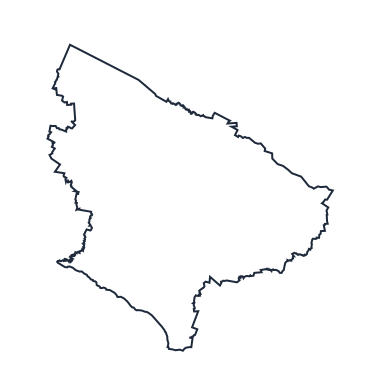 Tararua District, Manawatu-Wanganui, New Zealand, rotated 85°
{"feature_id": "76426892B74237617683232", "entity_name": "Tararua District", "entity_type": "district", "adm_level": 2, "iso_a3": "NZL", "parent_name": "New Zealand", "parent_adm1": "Manawatu-Wanganui", "projection": "equal_earth", "projection_center": [176.211, -40.389], "detail": "fine", "context": "isolated", "style": "outline", "palette": "slate", "viewbox_px": 384, "rotation_deg": 85, "n_neighbors": 0, "source": "geoboundaries", "source_scale": "gbopen_adm2", "svg_char_len": 6063}
<svg xmlns="http://www.w3.org/2000/svg" viewBox="0 0 384 384"><g transform="rotate(85 192 192)"><path d="M250.8,331.8L255.8,325.0L256.2,322.7L255.5,322.1L255.6,320.3L257.0,317.4L259.7,314.7L261.5,310.9L261.5,308.8L264.0,306.3L265.3,304.0L267.0,303.4L267.4,302.5L270.4,300.2L271.0,298.4L272.1,298.2L272.6,296.2L273.5,295.2L276.4,295.0L277.2,294.0L277.3,293.3L278.5,292.0L279.6,291.7L279.9,289.9L279.5,288.7L280.0,287.1L281.0,286.0L281.8,286.0L282.6,282.3L285.7,277.9L287.9,276.2L290.1,275.4L290.2,272.0L292.0,269.1L295.9,265.6L300.1,263.0L301.7,261.6L302.0,260.2L304.4,258.5L305.1,257.2L304.9,256.4L305.7,252.3L307.2,249.3L307.5,247.6L308.6,245.9L311.4,242.7L323.9,233.5L327.2,231.5L329.1,230.9L329.4,230.4L334.1,229.2L336.8,229.4L340.9,228.7L344.3,229.8L344.4,229.0L346.3,228.7L347.1,225.1L348.2,222.3L348.0,217.9L349.3,214.9L347.5,213.2L346.6,211.7L346.3,208.0L346.5,206.2L337.6,204.2L336.9,207.3L336.6,205.2L336.0,204.4L335.7,203.1L334.8,202.6L334.6,201.4L329.2,198.7L326.8,203.7L311.3,196.2L311.2,200.3L308.7,200.4L308.6,199.7L307.9,199.3L304.6,200.2L302.8,199.4L302.7,200.4L302.1,199.7L297.0,198.6L295.3,197.2L295.9,196.0L295.9,194.9L295.6,194.7L296.1,194.5L296.0,193.1L294.8,193.3L294.4,192.4L293.7,193.0L292.7,192.8L292.4,193.3L290.9,193.4L288.0,188.5L287.0,187.8L283.8,188.2L282.5,186.2L283.9,182.5L278.1,181.4L287.6,172.3L285.3,170.8L283.9,170.9L283.9,170.0L283.1,168.7L283.4,167.7L283.2,164.9L285.9,155.1L284.1,152.3L282.3,153.1L280.8,152.3L281.5,151.4L281.0,151.4L280.9,150.7L280.2,150.7L280.5,148.9L282.4,148.2L281.1,147.2L280.6,145.7L280.5,144.0L281.0,142.3L280.3,141.4L280.8,141.3L280.8,138.1L278.0,137.0L278.0,129.9L277.5,130.2L276.5,129.7L275.7,130.2L275.3,125.6L275.6,125.2L274.9,124.0L275.7,123.6L275.7,123.2L275.8,123.5L276.3,122.2L275.6,121.9L277.1,120.3L276.8,119.9L277.2,119.7L276.8,119.6L277.0,119.2L276.2,118.0L276.8,117.5L276.9,115.2L278.3,112.7L280.2,111.6L280.4,109.8L278.5,108.6L277.9,107.5L270.7,105.3L268.9,103.2L269.0,102.9L268.1,102.8L268.6,102.1L268.9,99.9L268.5,99.8L268.9,99.0L268.3,98.9L267.0,97.1L265.6,97.3L264.8,96.7L264.9,96.1L262.5,97.6L261.5,95.4L262.4,93.9L262.2,93.6L263.6,92.3L263.3,91.9L263.8,91.3L263.4,89.9L264.3,88.4L264.5,87.1L265.3,86.8L265.2,85.4L264.3,85.1L264.6,83.9L263.6,82.8L261.8,82.4L260.3,81.0L258.9,80.5L259.7,79.1L258.7,78.7L258.2,77.6L257.1,77.8L254.4,77.1L253.5,77.5L250.0,76.4L249.1,75.7L249.5,72.7L249.2,71.9L248.3,71.8L248.7,69.4L245.6,68.9L245.0,67.6L242.2,67.0L242.3,63.0L236.6,63.6L236.5,62.7L235.4,62.4L235.4,59.6L233.1,60.0L226.6,59.8L226.4,59.1L222.2,59.6L219.3,57.6L214.5,63.5L213.6,62.1L211.1,60.0L211.4,58.1L202.8,51.6L201.6,55.2L198.8,57.2L198.3,58.2L198.4,63.0L197.4,66.1L199.3,70.4L198.2,71.5L196.4,75.1L186.2,81.9L182.0,90.9L178.2,94.3L173.9,99.1L171.7,104.2L165.7,109.1L160.5,108.8L157.5,116.0L155.1,115.3L149.6,119.3L149.7,122.0L148.4,125.0L143.0,130.5L142.9,132.5L141.8,134.6L142.6,136.7L141.0,138.1L140.4,139.2L139.9,140.5L141.2,141.3L139.1,144.2L134.2,141.2L130.4,146.9L130.4,141.6L127.0,141.6L126.9,150.6L125.1,149.4L124.3,148.0L115.1,162.5L117.9,164.6L120.4,165.3L118.6,172.1L117.4,173.3L117.4,174.3L118.0,174.5L116.5,174.4L117.3,176.7L115.9,178.4L115.8,180.3L114.8,180.9L115.0,181.6L113.4,181.9L112.6,183.1L112.8,183.6L112.2,184.0L112.6,185.0L113.4,185.0L114.1,185.6L113.9,186.4L111.3,187.0L111.6,187.9L110.1,187.9L110.3,188.4L109.7,188.5L109.8,189.7L108.9,190.0L109.0,190.7L108.6,190.6L108.5,191.4L106.6,192.1L106.8,192.7L106.3,192.5L105.9,193.4L105.6,192.9L104.9,193.2L104.8,194.2L105.1,194.6L104.7,195.9L103.6,196.0L102.3,197.0L102.6,197.9L102.1,198.1L102.7,198.9L102.7,199.7L103.7,199.9L103.9,200.6L102.1,202.8L102.5,203.7L101.9,204.1L102.0,204.9L100.8,205.7L100.0,205.7L100.0,206.4L99.2,207.2L97.4,207.8L99.9,209.6L93.0,219.6L91.3,220.0L75.7,235.4L34.7,300.7L58.3,313.3L58.0,314.6L58.4,315.4L60.3,316.0L62.5,314.8L65.3,315.7L65.6,315.2L66.5,316.2L68.4,316.8L68.8,317.6L69.5,317.8L70.5,318.9L71.4,318.6L76.6,321.8L77.8,319.5L76.6,319.2L76.6,318.2L83.5,318.1L84.8,313.1L85.7,312.1L89.6,313.5L91.7,311.2L91.4,308.8L94.4,308.8L94.5,304.8L93.5,304.8L93.6,301.8L110.3,302.1L111.3,303.2L111.6,305.1L110.8,306.3L115.1,302.6L118.2,305.9L117.9,307.1L117.0,308.0L116.2,309.8L116.9,310.0L116.9,310.9L117.3,311.5L118.0,311.5L118.1,311.0L119.1,312.0L120.8,312.1L118.3,317.1L118.0,318.7L116.8,319.1L116.6,321.1L114.5,321.9L114.2,322.6L114.3,324.1L113.7,327.2L119.4,328.8L120.2,327.2L122.2,329.0L122.6,330.0L123.7,330.5L124.2,330.0L126.3,331.3L130.6,324.7L131.0,324.9L130.7,326.3L130.9,326.6L131.5,326.0L132.2,326.6L133.1,326.4L134.7,327.7L136.7,324.9L140.3,327.9L141.4,327.8L142.7,330.7L146.5,329.1L153.1,321.1L159.9,326.8L162.2,317.5L164.4,318.5L165.4,318.4L166.8,316.0L168.0,317.0L170.9,316.7L169.7,316.1L171.7,314.6L171.4,313.9L170.8,313.9L171.4,313.5L171.4,312.6L170.4,311.2L172.0,310.9L174.5,312.2L175.7,311.5L176.2,311.9L180.4,307.7L180.9,309.0L182.1,305.0L184.0,305.6L183.6,307.1L189.3,308.9L190.4,308.2L192.6,309.0L192.9,307.7L194.3,308.2L197.8,307.7L199.7,308.6L198.9,305.7L199.8,305.9L202.9,294.2L204.6,294.3L205.5,293.4L206.1,293.5L206.6,293.9L206.8,295.1L207.8,295.7L209.4,296.1L209.5,295.5L210.7,296.7L212.7,296.8L213.6,297.6L215.8,296.2L216.5,296.8L216.4,296.0L219.0,294.8L221.1,296.0L221.5,296.7L220.1,300.2L225.1,303.3L225.9,302.6L226.9,302.7L227.7,302.1L229.2,303.3L230.0,302.7L231.1,303.2L231.2,303.7L231.9,303.3L232.8,304.4L233.9,303.9L234.2,304.9L235.0,304.0L236.2,304.2L236.9,305.0L237.8,304.2L239.3,305.0L238.6,305.5L238.7,306.0L241.0,305.8L240.3,306.9L241.0,307.4L241.0,308.6L242.0,309.3L242.9,309.3L242.5,310.2L241.6,310.6L242.1,312.0L242.9,312.2L241.9,313.4L243.6,314.1L244.7,314.0L245.6,314.9L245.5,315.5L244.4,314.8L243.8,315.1L244.4,317.6L245.3,318.4L245.2,317.3L246.0,317.8L245.5,318.7L246.0,319.2L246.7,318.3L247.8,318.7L247.6,317.3L248.1,316.7L248.3,317.5L249.7,317.3L251.1,318.9L249.0,319.6L249.1,320.2L250.7,320.7L249.0,322.0L249.5,323.4L248.8,323.6L248.1,323.1L247.5,324.4L247.8,325.0L249.6,325.3L249.7,325.7L248.8,326.7L249.5,328.7L248.6,329.8L249.1,330.4L249.1,331.8L249.8,332.4L250.8,331.8Z" fill="none" stroke="#1e293b" stroke-width="2"/></g></svg>